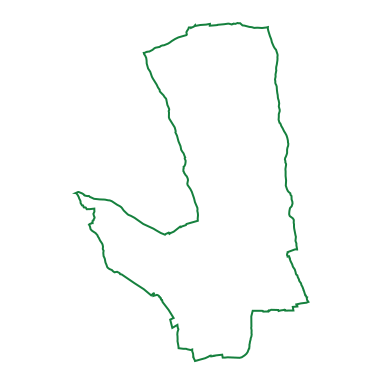 Oncesti, Bacau, Romania
{"feature_id": "2599482B34822655118034", "entity_name": "Oncesti", "entity_type": "district", "adm_level": 2, "iso_a3": "ROU", "parent_name": "Romania", "parent_adm1": "Bacau", "projection": "mercator", "projection_center": [27.254, 46.484], "detail": "fine", "context": "isolated", "style": "outline", "palette": "green", "viewbox_px": 384, "rotation_deg": 0, "n_neighbors": 0, "source": "geoboundaries", "source_scale": "gbopen_adm2", "svg_char_len": 5953}
<svg xmlns="http://www.w3.org/2000/svg" viewBox="0 0 384 384"><path d="M241.7,357.3L244.6,355.4L246.4,353.8L247.6,352.1L248.9,348.7L249.2,348.6L249.5,345.9L249.4,344.9L249.7,343.7L250.0,341.7L250.6,339.5L250.7,338.4L251.4,336.4L251.7,334.2L251.5,333.4L251.6,330.4L251.2,327.9L251.4,326.6L251.3,316.4L252.7,310.8L261.2,310.8L262.8,310.9L263.2,311.6L267.7,311.5L268.5,311.6L268.8,311.3L268.2,310.9L268.9,310.3L270.1,310.4L271.1,309.8L278.3,310.0L278.6,311.0L280.8,310.4L283.8,310.0L284.3,309.7L285.1,309.9L285.2,310.6L293.4,310.5L292.8,306.9L297.4,306.5L297.2,305.2L296.5,305.0L296.3,304.4L300.9,303.4L306.4,302.7L308.4,301.9L307.1,300.0L306.8,298.5L306.9,297.7L307.1,297.3L306.4,297.0L306.1,296.2L305.4,295.5L305.6,295.2L305.0,294.4L303.9,290.8L303.5,290.2L303.5,289.5L303.0,288.6L303.0,288.2L302.6,287.4L302.3,286.5L301.5,285.3L301.0,283.3L299.6,281.4L299.1,280.5L299.1,279.9L298.5,278.4L297.9,277.5L297.3,275.3L296.4,274.7L295.9,273.8L295.6,272.2L294.8,269.5L292.9,266.7L292.2,264.4L290.5,261.0L289.6,258.3L289.8,258.2L289.0,256.2L287.6,256.6L287.4,255.5L287.0,255.0L287.3,253.2L287.8,252.6L287.7,252.1L294.7,249.5L295.9,249.3L296.9,249.5L297.1,249.5L297.1,249.3L296.4,245.3L296.4,243.4L295.6,241.3L295.5,240.5L295.9,236.8L295.5,235.3L294.2,228.6L294.0,226.8L294.0,224.3L293.7,222.8L293.8,220.5L293.7,219.6L292.7,218.2L289.8,216.1L289.5,215.4L289.2,214.4L289.2,213.3L289.4,211.0L289.9,208.5L290.2,207.8L291.6,206.4L292.5,203.7L292.4,201.8L291.6,199.4L291.5,196.0L290.5,194.8L290.3,193.3L288.7,192.0L287.7,190.8L287.6,190.4L287.1,189.5L285.8,185.7L286.1,180.6L285.6,176.0L285.6,171.4L285.4,169.1L286.0,165.4L286.1,164.1L285.5,162.7L285.3,162.2L285.4,161.2L284.9,159.4L285.2,157.9L285.9,156.6L286.8,154.1L287.1,153.0L287.1,149.6L287.5,147.5L288.1,146.0L288.3,144.1L288.3,143.5L288.0,142.7L287.9,140.6L287.3,137.9L286.5,135.4L285.2,133.0L284.1,131.3L282.5,128.0L281.4,126.2L280.4,123.6L279.9,123.0L279.5,122.8L278.6,119.7L278.8,116.9L278.8,114.1L279.7,111.2L279.7,110.3L279.7,109.8L278.8,106.5L279.2,103.4L278.7,100.5L278.2,99.0L277.9,97.7L277.7,95.0L277.3,93.1L276.9,89.8L276.7,86.6L276.2,85.0L275.5,83.7L275.3,82.8L275.3,81.1L275.0,79.4L275.6,76.7L275.5,74.5L276.3,70.5L276.1,69.1L276.2,67.1L276.8,64.5L277.4,60.4L277.5,58.3L277.4,57.1L277.6,55.6L277.5,54.4L276.0,49.7L274.9,48.5L273.7,46.5L271.9,42.3L271.2,39.3L269.9,36.0L268.3,30.8L267.8,28.4L267.9,27.1L266.3,27.5L262.0,28.0L257.4,27.7L254.2,27.9L251.9,27.2L249.3,26.9L244.4,25.6L242.5,25.4L240.1,23.2L238.7,23.3L237.7,23.0L235.2,23.9L233.7,23.6L232.9,24.1L232.4,24.0L231.8,24.5L229.0,23.7L227.7,23.7L224.3,24.2L217.7,24.8L217.5,25.0L216.1,25.2L209.8,25.7L209.9,23.9L206.1,24.6L200.3,25.0L195.5,25.9L195.2,25.1L193.9,26.6L191.9,27.5L191.2,27.8L191.2,27.4L188.8,27.5L188.4,28.9L187.0,31.0L186.4,32.2L186.8,34.6L186.4,35.1L178.4,37.4L175.1,39.0L171.7,41.1L170.0,42.4L168.1,43.6L163.9,45.3L162.5,45.4L160.6,46.1L159.7,46.9L155.6,47.7L154.5,48.2L152.5,49.9L149.2,51.6L148.0,51.6L147.1,51.9L146.5,51.9L144.8,52.8L143.8,52.9L144.1,54.1L145.3,55.9L146.2,57.9L146.6,60.6L146.7,63.5L148.1,68.5L150.2,71.7L151.9,76.7L152.9,78.6L156.7,84.7L158.0,87.5L159.6,89.8L159.8,91.3L160.2,91.9L163.5,95.3L164.6,97.1L166.0,98.6L166.3,99.5L167.4,105.0L168.3,106.9L169.1,108.9L169.2,109.6L169.1,110.1L168.7,111.0L168.8,111.8L169.0,112.2L168.9,117.2L169.3,118.7L174.7,127.4L175.5,130.3L175.7,131.3L175.4,132.4L177.0,135.7L178.5,141.4L180.5,146.1L181.2,149.8L182.4,151.8L183.6,153.4L184.8,156.7L185.2,157.4L184.8,157.9L184.7,158.6L185.6,160.6L185.6,161.9L185.3,164.0L185.1,164.7L184.3,166.3L183.6,166.8L183.7,168.3L183.4,169.0L183.4,171.3L184.1,172.3L184.3,173.2L184.6,173.5L184.8,173.9L185.3,174.5L185.5,175.0L186.8,176.4L187.7,178.5L188.0,180.1L187.3,183.7L187.6,185.0L190.3,188.9L191.8,191.8L194.0,198.2L194.6,200.6L194.9,202.0L197.4,207.9L197.5,209.8L197.3,210.8L197.8,213.0L198.0,215.2L197.7,218.6L197.8,220.8L186.5,224.0L185.9,225.1L181.8,226.5L180.8,227.2L180.2,226.6L173.7,231.7L170.5,233.1L169.4,233.9L169.1,233.5L169.7,233.1L169.6,232.9L168.8,233.0L168.6,232.7L165.7,234.0L165.0,234.7L160.8,233.0L156.1,230.3L153.5,228.7L143.3,224.0L134.5,217.8L130.8,215.8L128.3,214.8L127.1,213.8L123.7,210.5L121.8,207.8L121.0,207.0L119.7,206.1L117.2,204.8L111.8,201.2L109.7,200.4L108.2,200.3L104.9,199.6L99.7,199.4L94.0,198.8L91.3,197.5L90.0,197.0L88.9,196.0L87.5,196.1L84.9,195.6L84.5,195.1L84.1,195.1L83.7,194.4L82.1,193.4L78.6,192.0L78.1,192.0L75.6,193.1L76.3,193.2L78.1,195.6L78.3,196.4L78.7,196.9L79.2,198.5L80.1,200.2L80.5,201.2L80.6,203.0L82.0,205.4L83.1,205.5L83.7,207.2L84.0,207.5L85.2,207.4L85.8,207.6L86.7,209.2L90.1,209.1L94.3,208.6L94.4,211.7L93.4,213.9L94.0,216.1L94.6,217.3L94.4,217.8L94.4,218.3L93.4,219.9L93.5,220.4L92.5,221.1L92.6,223.1L92.1,223.1L92.0,222.8L91.1,223.6L90.4,223.7L89.3,224.3L89.0,224.7L89.4,225.0L90.1,227.0L90.5,229.0L91.0,229.7L92.1,230.8L95.6,233.1L96.7,234.4L97.5,235.3L97.9,236.5L98.9,238.0L100.0,240.4L102.2,243.7L102.7,245.1L103.0,246.9L102.8,248.4L102.9,249.4L103.6,250.7L103.3,252.9L103.6,256.2L104.2,257.3L104.8,258.8L105.5,262.6L106.4,264.6L107.2,267.0L107.7,267.7L109.4,269.0L112.0,270.1L112.7,271.0L114.5,272.3L117.1,271.8L119.6,273.1L120.2,274.2L121.6,274.4L134.5,283.2L143.8,289.2L151.2,295.4L153.4,293.4L153.8,293.3L154.0,293.6L153.5,294.7L153.4,295.9L156.9,294.9L157.8,295.2L158.9,295.9L159.2,296.8L159.9,297.0L160.5,298.3L160.9,298.3L161.0,299.3L161.7,300.3L162.1,300.2L162.6,302.1L168.6,309.9L173.6,318.0L170.2,319.6L172.3,327.9L177.4,324.9L177.6,326.6L177.9,328.1L178.4,329.2L177.5,332.2L177.3,334.5L177.5,336.1L177.6,339.5L177.5,341.1L178.4,346.0L178.6,348.2L183.4,348.8L186.1,348.8L187.4,349.3L190.6,350.0L192.2,349.5L192.2,351.3L192.7,352.5L193.1,353.9L193.2,355.4L193.4,356.7L193.2,356.8L193.2,357.2L193.8,358.1L193.9,358.6L194.7,360.0L195.0,361.0L205.2,358.2L208.6,356.6L209.7,355.9L210.8,355.6L211.1,356.4L214.1,355.9L214.0,355.7L216.0,355.4L222.2,354.7L222.7,357.6L225.0,357.6L227.6,357.3L239.6,357.8L241.7,357.3Z" fill="none" stroke="#15803d" stroke-width="2"/></svg>